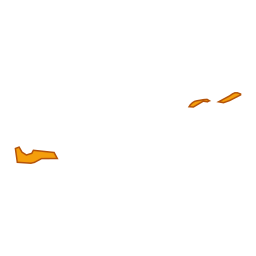 SVG path tracing the border of Cayman Islands
{"feature_id": "CYM", "entity_name": "Cayman Islands", "entity_type": "country or territory", "adm_level": 0, "iso_a3": "CYM", "parent_name": "North America", "parent_adm1": "", "projection": "mercator", "projection_center": [-80.432, 19.519], "detail": "fine", "context": "isolated", "style": "filled", "palette": "amber", "viewbox_px": 256, "rotation_deg": 0, "n_neighbors": 0, "source": "natural_earth", "source_scale": "50m", "svg_char_len": 545}
<svg xmlns="http://www.w3.org/2000/svg" viewBox="0 0 256 256"><path d="M22.0,152.2L26.4,155.0L31.8,153.3L33.4,150.3L54.1,152.5L57.3,158.5L41.5,158.6L34.4,162.4L30.9,163.2L17.3,162.3L15.4,148.5L19.1,147.1L22.0,152.2ZM229.7,100.5L223.5,102.7L218.6,101.8L229.6,95.9L232.5,93.9L234.9,92.8L237.4,92.8L240.6,94.0L240.6,94.9L229.7,100.5ZM208.8,101.0L207.5,101.8L203.2,101.2L193.4,107.0L189.1,106.7L190.4,104.7L192.5,102.7L194.8,101.3L196.9,100.8L203.8,99.6L207.1,99.4L209.4,100.8L208.8,101.0Z" fill="#f59e0b" stroke="#b45309" stroke-width="1.5"/></svg>